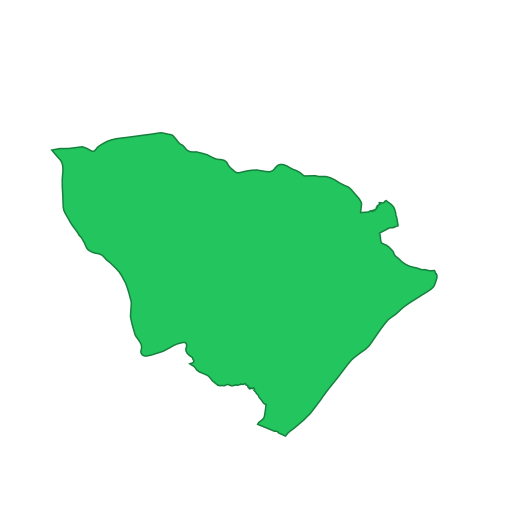 Sabaneta, Antioquia, Colombia, rotated 157°
{"feature_id": "7082276B45005796223132", "entity_name": "Sabaneta", "entity_type": "district", "adm_level": 2, "iso_a3": "COL", "parent_name": "Colombia", "parent_adm1": "Antioquia", "projection": "albers", "projection_center": [-75.61, 6.138], "detail": "fine", "context": "isolated", "style": "filled", "palette": "green", "viewbox_px": 512, "rotation_deg": 157, "n_neighbors": 0, "source": "geoboundaries", "source_scale": "gbopen_adm2", "svg_char_len": 6007}
<svg xmlns="http://www.w3.org/2000/svg" viewBox="0 0 512 512"><g transform="rotate(157 256 256)"><path d="M299.2,78.7L296.1,80.4L293.2,81.4L291.8,81.7L287.5,82.8L276.0,86.4L271.4,88.3L268.7,89.3L266.5,90.4L264.7,91.4L252.8,98.2L249.3,100.5L240.9,105.4L228.3,112.1L214.2,120.2L210.2,122.2L208.7,123.0L204.8,124.3L200.7,125.3L197.2,126.2L191.9,127.3L187.0,129.1L182.6,131.8L181.1,132.8L170.0,139.8L165.0,142.7L159.7,145.5L159.1,145.6L157.9,146.1L152.5,147.3L150.8,147.6L147.7,148.6L142.5,150.5L140.7,151.1L138.6,151.7L137.3,151.9L133.2,152.8L128.5,153.6L125.7,154.0L118.9,155.2L113.8,155.9L110.1,156.6L108.4,156.9L106.5,157.5L104.4,158.4L103.5,159.1L101.5,161.1L99.5,163.4L98.0,165.2L97.7,165.7L97.6,166.2L97.0,167.4L97.0,169.0L97.1,169.4L97.5,169.5L97.4,169.8L97.3,172.1L97.4,172.9L98.1,173.2L100.4,173.9L102.6,175.0L105.5,177.3L108.9,178.7L112.2,181.8L116.0,184.5L118.1,186.1L119.9,187.9L121.8,190.3L122.7,191.6L124.4,194.6L124.9,196.0L126.0,198.4L127.0,200.1L128.0,202.3L128.1,203.7L128.0,206.1L128.7,208.7L130.1,212.2L131.6,214.8L134.2,217.5L135.3,218.9L135.4,220.1L135.0,222.1L133.7,226.0L133.4,228.8L128.3,229.2L128.1,229.2L127.8,229.2L127.0,229.3L126.2,229.3L125.3,229.5L125.1,229.7L124.6,229.6L123.6,229.5L123.3,229.6L123.4,229.8L123.1,229.8L123.0,229.7L122.8,229.7L122.4,229.8L122.2,229.8L121.4,229.5L119.0,228.6L118.8,228.5L118.2,228.5L117.9,228.4L117.4,228.4L116.5,228.5L116.0,228.5L114.7,228.5L114.4,228.4L113.9,228.4L113.4,228.3L112.2,233.1L111.4,236.5L111.3,238.8L111.1,239.7L110.9,240.2L110.6,240.9L110.1,245.2L110.2,247.1L110.6,248.5L111.1,249.9L111.6,251.1L112.9,253.1L114.0,255.0L114.4,256.1L115.1,256.0L115.7,256.1L116.0,256.0L117.2,255.3L117.7,255.2L118.1,255.1L119.2,255.6L121.4,256.9L121.6,257.0L121.8,257.0L121.9,256.8L121.4,255.9L121.5,255.4L121.6,255.2L122.9,255.2L124.8,254.8L125.0,254.7L125.1,254.3L125.0,253.6L126.2,253.7L126.6,252.4L128.0,252.3L128.7,252.3L129.0,252.1L129.1,251.8L129.1,251.5L130.0,252.0L130.1,252.3L130.4,252.3L130.4,252.0L131.0,251.6L131.5,251.5L131.6,252.4L131.8,252.4L132.2,252.5L132.4,252.8L132.6,252.9L132.9,252.9L133.8,252.8L134.0,252.7L134.9,252.6L135.2,252.5L142.8,255.1L140.4,259.3L139.0,261.7L138.3,263.3L138.2,264.9L138.6,268.2L142.6,280.6L144.0,283.3L146.9,286.3L150.7,290.8L153.4,294.9L157.0,299.0L160.5,301.8L163.0,302.9L167.3,304.7L170.1,306.8L173.7,308.2L179.8,310.6L180.8,311.5L182.8,315.5L185.5,318.9L188.2,321.4L190.4,324.1L192.5,327.0L195.1,329.4L197.1,330.5L199.1,331.0L201.0,330.8L203.2,330.0L206.2,328.3L208.2,328.0L210.5,328.2L213.9,329.9L221.9,335.0L226.7,336.7L230.8,337.8L235.2,338.6L238.5,339.1L240.9,340.0L242.4,341.7L243.9,344.9L245.3,347.7L246.0,350.3L246.3,353.7L247.6,356.2L250.3,358.3L252.7,359.5L254.6,360.6L258.1,364.3L261.4,368.3L264.8,371.1L268.3,373.7L270.3,375.2L272.8,376.1L275.8,377.7L277.2,379.1L278.5,381.1L279.1,383.3L279.9,385.8L280.7,387.2L282.2,388.9L282.9,390.6L283.9,394.6L285.4,399.3L286.8,400.9L288.9,402.2L290.7,403.5L294.1,405.9L295.1,406.5L298.9,407.6L303.9,408.8L309.5,410.4L328.1,415.5L337.4,418.2L338.8,418.6L343.7,419.4L348.2,419.7L352.5,419.3L355.2,418.9L358.9,418.2L362.8,416.2L363.7,415.9L364.5,415.9L365.3,416.2L366.4,416.9L368.1,419.2L369.7,421.2L373.1,424.4L385.9,428.0L391.2,430.1L394.6,431.6L398.0,432.3L402.6,433.3L400.1,425.2L398.5,420.5L398.2,417.8L398.7,414.4L400.3,410.1L402.1,406.7L404.3,402.5L407.4,395.1L409.4,389.4L411.0,385.1L413.1,379.7L414.5,375.9L415.0,373.1L415.0,370.5L414.1,363.2L413.7,359.3L413.1,355.7L411.8,350.6L410.9,346.2L410.7,344.1L409.6,341.3L409.3,339.2L408.8,334.8L408.8,330.3L408.5,328.2L407.4,326.1L405.7,324.0L404.2,322.5L403.0,321.5L400.0,319.6L397.4,317.0L396.3,314.4L395.3,311.2L392.8,306.6L390.1,300.2L388.2,294.9L387.4,290.4L387.0,285.9L386.6,281.9L386.9,277.0L387.4,271.8L388.6,263.6L389.0,261.8L390.4,258.9L391.6,256.5L394.0,251.8L395.2,249.4L396.0,245.6L396.8,241.1L398.0,231.4L398.0,229.4L397.5,227.2L397.0,225.0L396.4,221.8L396.3,219.6L396.6,217.6L397.5,215.7L398.8,213.9L399.5,212.7L399.7,211.4L399.3,209.4L398.5,208.3L397.6,207.5L396.6,207.0L395.4,206.6L391.6,205.8L384.6,205.1L380.4,204.7L378.5,204.6L377.3,204.7L370.6,205.3L366.5,205.8L362.6,205.8L357.4,205.0L355.7,204.5L354.7,203.4L354.5,202.1L354.8,200.7L355.4,199.6L356.7,198.2L357.3,196.9L357.5,195.4L357.3,193.3L356.4,190.9L355.8,189.8L354.6,188.1L354.2,187.0L354.3,186.9L354.4,185.9L354.3,184.8L354.1,184.1L354.3,183.5L355.2,182.6L356.2,182.4L357.6,182.5L359.1,182.7L358.9,182.3L356.2,178.5L355.6,176.8L355.3,175.0L354.8,173.7L353.5,171.5L349.2,167.1L347.2,164.9L346.2,162.9L345.2,159.1L344.6,157.4L344.0,156.5L342.9,154.2L342.1,153.0L341.5,152.4L341.8,152.1L341.6,151.8L341.3,151.6L340.7,151.3L339.9,150.7L338.9,150.3L338.6,150.3L338.2,150.2L337.7,150.1L337.4,149.9L337.2,149.6L336.8,149.3L336.2,149.2L335.7,148.9L335.4,148.8L335.1,148.9L334.9,149.0L334.7,149.1L333.6,149.0L332.7,148.8L332.1,148.6L331.9,148.6L331.4,148.3L331.2,148.1L330.7,147.2L330.4,147.0L329.9,146.8L329.5,146.2L328.5,145.7L326.8,145.6L326.7,145.6L326.5,145.4L326.1,145.2L325.8,145.2L325.7,145.2L325.4,145.3L325.1,145.4L324.7,145.3L324.5,145.2L324.2,144.6L323.9,144.4L323.5,144.2L322.8,144.0L322.1,144.1L320.9,143.9L320.2,143.7L320.1,144.1L319.5,143.8L318.6,143.1L317.9,142.8L317.3,142.7L316.2,142.9L315.8,142.8L315.7,142.4L315.6,141.4L315.5,141.1L314.8,140.5L314.3,140.1L314.1,139.9L314.5,139.3L314.6,138.8L314.6,138.6L314.3,137.8L314.2,137.6L313.6,137.9L313.8,137.7L313.7,137.6L313.8,137.4L313.6,137.4L313.3,137.4L313.2,137.2L313.2,136.9L313.9,136.3L313.8,136.1L312.6,136.0L312.4,136.3L312.1,136.3L312.1,136.2L311.9,136.1L311.0,135.3L310.5,135.8L309.4,134.9L309.2,134.7L309.5,134.0L310.2,133.4L310.4,133.2L309.3,130.4L309.4,129.5L308.4,127.1L308.4,124.8L307.4,121.5L306.5,117.4L305.6,116.1L305.2,115.7L304.8,115.4L305.3,114.4L308.1,109.6L310.5,105.8L311.4,104.6L311.9,104.0L312.5,103.6L313.5,103.2L314.7,102.7L317.0,102.1L318.5,101.7L320.0,100.7L320.3,100.4L314.4,94.5L308.9,88.9L307.8,87.7L306.6,87.1L305.9,86.8L305.3,86.4L304.9,85.8L304.2,84.1L299.2,78.7Z" fill="#22c55e" stroke="#15803d" stroke-width="1.5"/></g></svg>